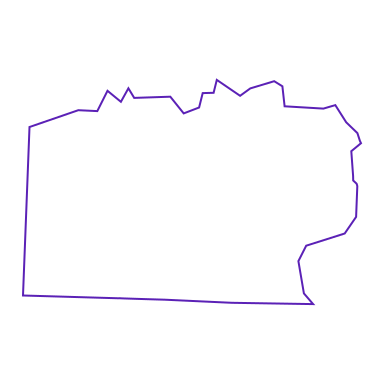 Yadkin, North Carolina, United States of America
{"feature_id": "52423323B7501124425209", "entity_name": "Yadkin", "entity_type": "district", "adm_level": 2, "iso_a3": "USA", "parent_name": "United States of America", "parent_adm1": "North Carolina", "projection": "natural_earth1", "projection_center": [-80.603, 36.167], "detail": "fine", "context": "isolated", "style": "outline", "palette": "violet", "viewbox_px": 384, "rotation_deg": 0, "n_neighbors": 0, "source": "geoboundaries", "source_scale": "gbopen_adm2", "svg_char_len": 735}
<svg xmlns="http://www.w3.org/2000/svg" viewBox="0 0 384 384"><path d="M23.0,295.5L119.2,298.3L119.6,298.2L120.1,298.2L120.6,298.3L121.3,298.3L122.8,298.4L135.0,298.8L144.8,299.1L164.9,299.7L227.5,302.6L232.1,302.8L313.1,304.1L303.9,293.4L298.4,261.1L306.2,245.7L344.7,233.5L356.1,216.9L357.3,186.3L357.1,185.2L356.6,183.7L356.2,183.3L353.2,180.5L353.1,176.0L351.3,151.2L361.0,143.2L360.7,142.6L359.8,140.6L359.7,140.2L357.4,133.1L346.2,122.3L335.3,105.1L323.4,108.6L284.6,106.3L282.4,86.3L274.2,81.2L250.3,88.4L240.1,95.8L216.8,79.9L213.6,92.8L202.7,93.1L199.1,107.5L183.7,113.4L170.3,96.7L134.2,97.9L128.4,88.3L120.9,101.8L107.5,90.8L97.3,111.1L78.3,110.2L29.5,127.0L23.0,295.5Z" fill="none" stroke="#5b21b6" stroke-width="2"/></svg>